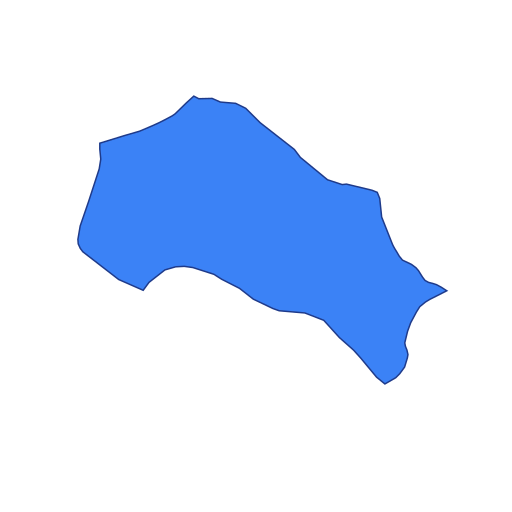 outline of Palestina de Los Altos, Quezaltenango, Guatemala, rotated 241°
{"feature_id": "79465075B38894333871635", "entity_name": "Palestina de Los Altos", "entity_type": "district", "adm_level": 2, "iso_a3": "GTM", "parent_name": "Guatemala", "parent_adm1": "Quezaltenango", "projection": "albers", "projection_center": [-91.683, 14.936], "detail": "fine", "context": "isolated", "style": "filled", "palette": "blue", "viewbox_px": 512, "rotation_deg": 241, "n_neighbors": 0, "source": "geoboundaries", "source_scale": "gbopen_adm2", "svg_char_len": 1208}
<svg xmlns="http://www.w3.org/2000/svg" viewBox="0 0 512 512"><g transform="rotate(241 256 256)"><path d="M430.4,174.1L425.2,171.2L416.0,167.2L408.2,161.1L384.9,136.1L367.5,116.8L356.9,108.3L352.8,106.4L347.8,106.0L343.6,106.6L302.0,124.5L280.7,140.7L284.8,149.6L288.0,169.6L285.5,180.5L281.7,188.3L276.5,195.2L260.4,210.3L252.3,214.7L235.7,225.9L219.6,232.7L201.9,245.3L196.9,249.7L182.5,271.1L166.9,284.1L144.2,289.4L126.4,295.7L116.0,298.1L91.6,302.7L81.6,306.7L81.8,319.2L83.4,324.7L86.8,332.1L93.4,338.9L96.1,341.1L100.5,342.4L104.5,342.9L107.9,344.0L116.7,352.1L122.6,358.9L129.2,369.1L132.3,374.7L133.6,381.9L133.8,387.0L133.1,406.0L138.9,402.9L143.4,400.0L146.3,397.3L149.3,394.1L152.7,392.0L156.8,391.4L164.4,391.0L168.2,390.2L173.3,387.9L181.4,382.1L186.5,381.2L191.2,381.1L195.2,380.9L197.7,380.9L199.8,381.0L203.8,381.5L229.2,384.8L246.3,392.1L252.9,392.9L257.2,389.4L275.0,370.0L276.7,366.0L288.0,355.5L320.7,342.6L330.6,341.2L370.7,324.2L390.2,318.6L399.4,312.2L407.9,299.5L415.1,294.0L421.3,282.2L426.0,279.1L423.7,269.4L420.5,257.7L419.5,253.9L419.2,250.7L419.3,243.3L419.6,235.5L420.2,228.1L421.6,214.7L425.1,199.3L430.4,174.1Z" fill="#3b82f6" stroke="#1e3a8a" stroke-width="1.5"/></g></svg>